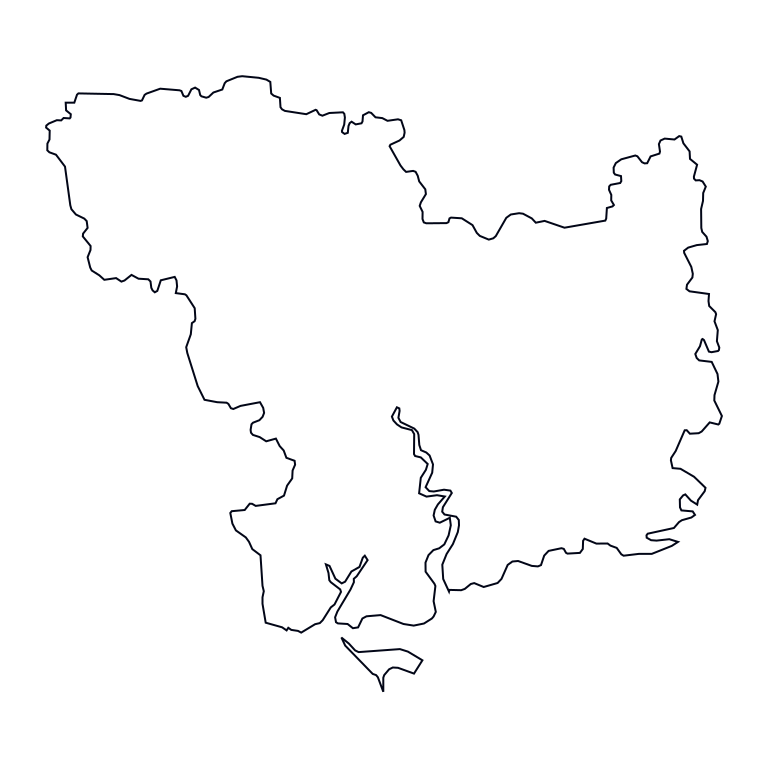 SVG path tracing the border of Mykolayiv
{"feature_id": "UKR-284", "entity_name": "Mykolayiv", "entity_type": "Region", "adm_level": 1, "iso_a3": "UKR", "parent_name": "Ukraine", "parent_adm1": "", "projection": "orthographic", "projection_center": [31.887, 47.325], "detail": "fine", "context": "isolated", "style": "outline", "palette": "ink", "viewbox_px": 768, "rotation_deg": 0, "n_neighbors": 0, "source": "natural_earth", "source_scale": "10m", "svg_char_len": 6061}
<svg xmlns="http://www.w3.org/2000/svg" viewBox="0 0 768 768"><path d="M449.0,591.6L443.2,579.0L442.3,564.7L446.6,554.0L452.9,544.1L457.8,532.1L459.0,525.3L458.8,520.0L456.2,516.7L444.5,514.5L442.2,511.7L442.9,507.2L451.8,493.0L450.4,490.6L444.0,489.7L433.8,491.5L429.3,491.1L425.6,487.2L432.2,472.7L433.0,464.4L429.6,455.5L426.3,452.5L421.0,450.2L419.3,445.0L418.5,434.8L417.6,432.1L414.3,428.6L400.6,422.0L398.4,417.8L399.6,410.9L399.3,408.4L396.9,407.3L391.9,416.6L393.4,420.5L397.0,424.4L401.5,427.4L411.9,430.1L414.2,434.1L414.0,454.1L415.1,456.0L420.8,457.4L427.7,464.0L425.9,469.8L420.8,477.8L419.1,493.3L426.5,496.6L437.0,495.2L444.8,496.5L437.9,504.4L434.8,509.8L433.6,515.5L435.6,521.4L439.8,522.7L449.8,517.8L450.8,525.3L448.6,535.4L444.3,544.4L439.2,548.3L433.4,550.1L428.5,555.1L425.5,562.6L425.6,571.7L434.4,583.7L435.4,586.0L433.6,601.2L435.8,611.9L433.6,616.5L431.9,618.5L424.0,623.5L413.7,625.6L403.5,624.0L380.6,615.1L366.5,616.3L362.4,618.5L358.1,627.4L352.9,628.2L347.6,624.0L337.9,623.4L336.0,622.2L335.1,617.3L337.4,611.5L350.5,589.5L353.9,582.2L353.8,578.8L356.7,576.3L367.6,560.1L364.8,555.7L362.8,557.7L359.5,566.9L351.4,571.5L345.1,581.7L341.7,583.4L335.4,578.7L329.5,565.9L325.9,564.4L328.5,573.0L329.3,580.2L330.8,582.2L340.2,589.4L341.0,591.9L334.5,604.5L330.8,607.4L322.7,620.2L319.8,623.1L315.1,624.2L301.2,632.6L298.0,630.9L291.3,629.9L288.3,627.8L286.6,630.4L282.1,627.3L265.7,622.7L262.5,603.8L262.5,597.3L263.8,591.2L262.5,585.8L260.5,555.3L252.3,549.1L249.0,541.8L245.8,537.4L235.9,530.4L232.4,523.6L230.3,513.0L231.7,511.2L244.7,510.0L249.7,503.7L252.1,503.8L255.7,505.9L275.5,503.3L277.4,499.2L284.0,495.6L287.1,485.6L292.2,478.4L292.6,470.5L295.1,464.7L294.6,460.8L286.4,457.8L283.7,450.5L279.7,446.1L275.9,438.6L266.2,441.3L259.7,437.1L252.9,434.9L251.0,432.7L250.6,429.9L251.5,424.3L253.0,422.7L259.4,420.2L262.6,416.8L264.1,412.9L263.2,407.9L260.0,402.2L240.5,405.9L233.3,409.0L230.9,408.2L228.4,403.9L226.6,402.7L217.2,402.2L204.5,399.8L197.7,386.1L187.3,353.0L186.2,347.2L190.8,334.3L191.9,323.1L194.6,321.2L195.4,318.8L194.7,308.2L186.4,295.3L184.9,294.3L175.8,293.1L177.1,286.4L176.5,280.4L174.7,276.9L160.8,280.3L157.3,290.9L154.8,292.3L152.6,290.4L151.3,287.8L150.5,281.5L148.3,279.3L138.5,278.7L131.5,274.9L124.5,280.5L121.4,281.6L116.1,278.1L104.3,279.8L99.3,275.3L91.7,270.5L90.2,267.5L87.6,257.2L90.5,250.0L90.6,246.0L82.8,236.4L83.1,233.6L87.6,227.9L86.7,221.1L84.3,218.6L75.9,214.5L71.4,209.2L70.3,205.3L65.0,166.6L56.0,154.7L49.4,152.3L47.3,150.3L47.4,143.6L49.5,139.5L49.7,130.6L46.1,127.6L46.3,125.6L48.9,123.5L56.8,120.2L61.2,120.4L63.6,118.0L69.7,118.4L70.5,117.5L70.8,114.2L66.1,110.4L65.7,102.7L74.3,102.7L77.0,94.7L78.4,93.4L113.7,94.1L119.5,95.1L129.5,98.9L140.6,100.9L142.0,100.4L144.6,94.9L146.5,93.6L160.2,88.7L179.5,90.3L181.4,91.0L183.4,95.8L185.8,96.8L188.1,95.8L191.4,89.3L195.1,87.6L199.0,90.0L200.2,95.0L201.4,96.3L206.2,97.7L208.6,97.0L213.4,92.5L222.3,89.5L224.7,83.2L226.4,81.3L237.5,76.8L242.2,76.2L258.7,77.8L266.4,79.6L270.3,81.9L271.2,93.5L273.6,95.6L279.9,97.9L280.5,107.2L282.0,109.3L284.9,110.9L306.3,114.2L315.6,109.8L316.6,110.2L319.2,114.4L322.4,115.7L329.3,113.0L342.9,112.3L344.3,113.8L344.9,117.5L344.2,124.6L341.9,130.9L342.1,132.1L344.6,133.9L347.8,132.8L348.5,126.0L349.7,123.1L351.6,121.7L355.7,124.4L361.5,123.3L362.5,121.5L363.0,115.3L368.8,112.2L371.2,112.9L375.5,117.3L382.3,118.1L387.5,120.8L398.0,119.3L401.2,120.3L404.4,130.1L404.6,132.7L403.7,136.9L399.5,140.5L390.4,144.7L389.6,146.2L400.5,165.5L403.4,169.3L406.1,171.9L413.1,170.9L415.6,171.8L417.7,175.7L419.2,181.4L425.3,189.3L425.9,194.1L420.9,202.3L419.7,205.9L422.6,211.9L422.5,219.0L423.8,222.4L426.3,223.3L446.5,223.1L448.4,222.2L449.5,218.4L451.0,217.6L461.8,218.3L472.5,225.1L476.8,232.9L479.8,235.9L488.8,239.6L493.3,238.3L495.8,236.1L506.3,217.8L510.8,214.5L519.1,213.2L523.0,213.7L531.8,218.4L535.8,222.7L544.6,220.9L564.5,227.7L605.3,220.6L606.2,218.6L606.9,208.0L612.5,206.4L613.9,205.0L611.2,200.4L611.3,194.9L609.0,189.8L609.2,186.4L610.7,184.8L620.2,183.0L621.3,181.1L621.0,176.1L615.1,174.5L613.8,172.7L613.6,167.6L615.8,163.1L621.3,159.3L635.3,155.5L637.4,156.3L642.0,162.2L644.6,163.4L647.2,163.2L650.6,156.4L659.4,153.6L660.0,151.6L658.9,144.1L660.5,140.5L664.7,138.6L674.5,139.5L679.2,136.1L681.3,136.6L683.4,143.3L689.6,151.4L690.0,158.9L697.1,164.7L693.9,176.6L694.0,178.6L695.7,180.4L699.5,180.2L702.6,181.5L705.8,186.6L703.2,193.0L703.0,200.9L701.1,209.0L701.3,228.0L702.2,231.9L706.5,236.7L707.8,241.1L706.9,244.0L696.8,245.1L688.2,247.6L684.0,250.8L684.2,252.9L691.3,266.9L692.8,273.8L692.4,277.5L687.0,284.7L686.4,288.9L689.5,291.3L709.0,294.0L708.5,301.1L709.2,306.0L715.4,312.2L716.1,314.2L714.5,321.3L717.8,330.1L716.9,341.2L719.3,347.6L718.9,350.1L718.0,351.0L711.5,352.2L708.9,351.6L704.0,340.1L702.6,339.0L701.8,339.5L700.0,346.2L695.3,354.0L696.7,358.0L699.2,360.4L711.7,361.9L717.5,374.0L718.4,381.6L714.5,395.1L714.3,400.5L721.9,416.0L719.3,423.7L718.3,424.5L709.7,422.4L701.7,431.5L698.7,433.2L689.9,433.7L686.7,430.2L684.7,430.3L675.7,451.0L671.2,457.9L670.9,460.3L672.6,468.1L680.5,468.8L694.1,476.8L705.5,487.8L704.7,491.2L698.0,500.2L697.2,504.6L690.9,500.6L685.3,494.4L683.1,495.4L679.8,499.4L680.0,507.4L681.4,510.4L692.7,511.4L695.0,514.9L691.4,517.5L681.9,520.2L679.0,522.1L673.9,528.0L647.7,533.7L646.5,535.3L646.7,537.7L651.1,540.2L656.6,540.6L669.3,539.2L678.0,541.9L671.8,545.9L651.7,553.9L638.7,553.9L623.6,555.7L621.3,554.3L616.7,547.9L610.4,545.6L607.6,543.5L596.4,543.6L584.5,538.7L583.1,540.8L582.8,549.0L579.9,552.9L567.5,553.6L566.0,552.8L563.8,548.9L561.5,548.2L548.6,550.9L544.2,555.6L541.0,565.1L537.9,566.4L531.8,565.9L518.1,561.0L512.4,561.5L507.7,564.9L501.5,578.9L497.6,583.0L483.7,587.0L474.2,583.1L470.8,584.0L464.8,588.9L461.2,590.2L449.4,589.9L449.0,591.6ZM414.0,673.6L398.0,667.8L392.8,667.5L389.1,669.3L384.2,675.1L383.3,677.7L383.3,691.8L377.9,677.3L376.1,675.1L372.7,673.9L345.2,645.6L341.4,637.5L348.9,643.6L355.1,650.4L358.6,652.1L399.9,649.1L407.9,651.6L422.4,660.3L414.0,673.6Z" fill="none" stroke="#020617" stroke-width="2"/></svg>